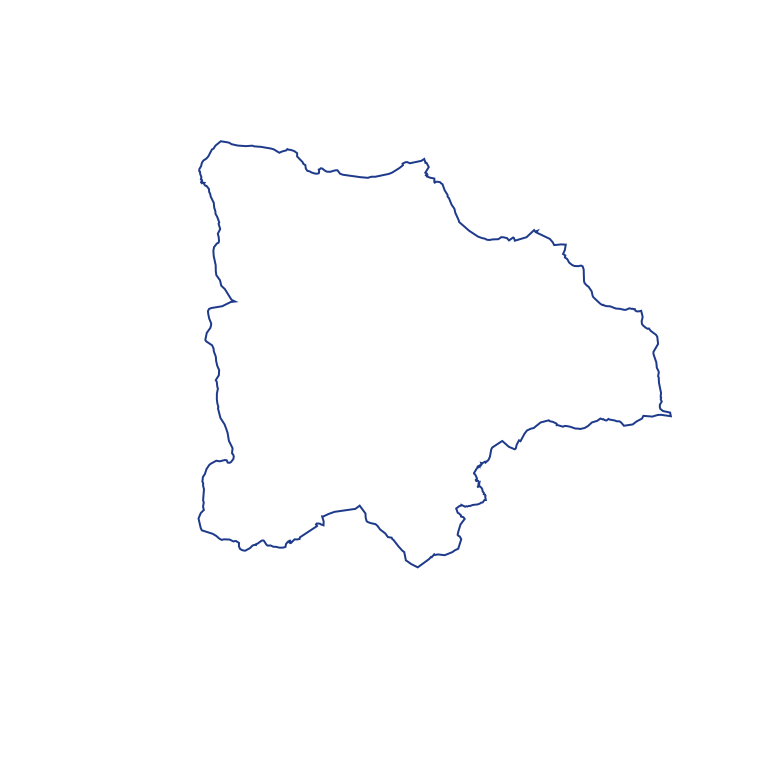 Rosia, Sibiu, Romania, rotated 119°
{"feature_id": "2599482B70516542388979", "entity_name": "Rosia", "entity_type": "district", "adm_level": 2, "iso_a3": "ROU", "parent_name": "Romania", "parent_adm1": "Sibiu", "projection": "equal_earth", "projection_center": [24.304, 45.817], "detail": "fine", "context": "isolated", "style": "outline", "palette": "blue", "viewbox_px": 768, "rotation_deg": 119, "n_neighbors": 0, "source": "geoboundaries", "source_scale": "gbopen_adm2", "svg_char_len": 6166}
<svg xmlns="http://www.w3.org/2000/svg" viewBox="0 0 768 768"><g transform="rotate(119 384 384)"><path d="M600.3,472.4L598.1,461.3L598.2,457.1L599.1,452.8L599.0,450.3L597.5,448.8L594.9,443.6L594.7,439.4L593.1,437.5L593.3,433.7L596.2,432.3L598.0,430.0L598.1,427.8L597.6,425.7L597.0,424.5L592.4,421.6L589.1,420.7L587.6,419.4L586.9,417.9L585.9,418.2L585.1,417.3L580.4,415.1L579.4,413.9L579.3,413.1L581.6,408.8L581.7,407.3L580.2,404.9L580.0,402.0L578.8,399.6L577.8,396.0L576.0,392.9L574.3,391.2L571.5,392.1L568.8,391.7L566.7,390.5L566.5,390.2L567.0,389.4L568.5,389.9L568.6,388.8L567.9,388.2L563.2,386.9L562.2,384.8L560.5,382.7L558.9,383.2L540.7,373.7L539.8,375.4L538.6,375.2L537.2,372.3L537.4,371.2L536.9,368.4L533.4,370.2L529.8,373.9L529.2,372.8L524.7,369.6L519.8,365.3L507.1,348.5L502.2,346.3L506.2,337.5L509.8,335.2L512.3,332.8L512.6,331.5L512.2,328.5L510.7,323.5L511.2,321.0L513.1,316.9L514.1,310.3L516.0,306.4L514.7,302.8L515.6,301.6L515.8,300.1L519.0,292.6L520.9,287.1L521.2,284.8L527.6,279.4L528.3,272.8L528.0,265.6L515.3,259.7L512.4,259.0L512.4,258.3L508.6,257.5L508.9,256.6L506.9,254.2L504.3,247.9L497.9,242.7L494.9,241.3L492.1,239.2L482.3,241.2L480.6,243.9L480.7,245.3L480.2,246.5L476.9,247.5L469.7,249.0L462.9,248.0L462.0,250.0L462.6,252.4L461.6,252.9L460.8,255.9L460.9,257.1L457.9,260.5L454.1,258.8L453.0,257.6L452.2,257.8L452.0,253.5L451.0,252.8L450.7,251.6L449.4,250.6L449.1,249.7L446.8,247.8L443.9,243.7L442.3,242.3L440.8,241.6L439.8,240.3L436.8,239.9L436.1,238.7L433.6,240.8L432.6,241.0L431.8,242.0L432.0,243.3L430.8,243.9L430.1,245.7L428.5,246.9L427.5,248.5L427.1,250.5L427.4,251.0L426.8,251.4L429.3,252.2L426.5,251.9L424.7,252.5L425.8,252.8L423.7,253.6L423.1,254.5L423.1,255.3L424.0,256.0L424.0,256.6L423.4,257.2L421.9,256.8L421.3,257.1L419.0,260.3L418.7,261.8L418.3,262.1L412.8,261.9L410.5,260.8L411.2,261.9L410.8,262.1L409.7,261.3L409.8,260.7L409.3,261.1L407.1,259.7L406.0,260.8L405.8,259.7L403.0,258.0L403.5,257.1L399.7,255.8L396.3,256.1L389.1,258.5L387.0,258.5L377.1,253.3L376.5,252.9L378.4,244.3L377.7,238.0L376.5,237.5L372.7,238.5L367.8,238.6L367.8,236.9L359.2,237.0L355.3,236.4L351.8,233.8L349.9,231.7L341.7,228.4L335.9,222.3L336.2,221.1L335.2,217.8L335.0,213.8L336.3,213.0L335.7,212.0L334.6,206.8L333.1,205.7L332.0,203.2L331.1,200.4L330.2,195.1L328.6,191.9L328.4,190.8L325.2,187.2L321.8,185.2L316.8,183.5L312.9,179.7L309.3,178.0L309.0,175.8L308.4,175.2L308.6,173.4L308.0,171.7L305.7,170.7L305.8,169.7L304.0,164.4L303.8,162.5L302.5,159.9L302.7,157.9L304.2,153.9L298.8,146.9L294.4,145.0L289.2,141.6L286.1,141.7L282.4,133.5L278.3,129.5L276.6,126.7L273.1,117.5L270.3,119.9L272.4,127.0L271.8,130.2L271.0,131.2L268.4,132.7L264.7,132.6L263.3,134.5L261.5,135.0L261.2,135.8L257.6,137.3L249.6,144.1L245.1,146.9L244.2,148.1L240.8,149.2L239.7,150.1L237.5,153.3L233.2,156.2L227.1,162.9L225.3,163.9L216.1,163.7L210.2,167.9L209.1,169.9L208.2,176.6L207.0,179.2L207.9,180.2L207.9,182.3L207.2,185.9L206.4,187.5L204.2,189.1L200.4,190.1L199.2,190.9L195.3,194.6L197.0,196.4L198.0,198.4L197.9,199.8L196.9,201.0L197.7,202.2L197.6,203.0L198.3,204.0L198.8,206.1L201.5,208.1L202.6,209.6L203.9,214.2L205.6,217.8L206.4,223.8L208.2,227.5L208.6,229.6L208.4,230.5L209.1,231.3L208.9,234.0L206.6,243.0L205.7,244.3L202.3,247.3L199.8,252.2L199.5,254.6L198.4,257.6L197.1,258.9L187.0,264.9L184.8,267.3L184.9,269.1L186.7,271.1L188.5,274.7L188.7,277.5L188.0,281.0L185.9,284.3L185.6,287.2L183.7,287.7L183.5,290.4L179.1,290.8L174.0,292.6L176.0,296.7L180.0,302.5L178.3,305.0L176.7,309.3L177.6,324.2L175.7,324.1L177.4,325.5L176.6,327.3L186.5,330.5L195.2,339.0L193.4,341.0L193.3,342.1L197.8,344.3L196.8,347.3L197.8,350.7L198.7,352.6L201.9,354.2L205.0,359.3L206.9,361.5L208.0,364.2L208.0,366.5L208.8,368.7L209.5,373.3L208.7,383.8L205.9,396.8L204.6,398.0L199.7,404.6L196.6,407.4L194.4,411.8L189.8,417.5L189.4,419.1L187.7,420.2L185.3,424.7L180.9,429.7L180.8,431.5L180.3,432.4L180.9,434.7L182.1,436.8L183.3,437.2L183.2,437.7L179.9,439.6L181.2,443.7L181.7,447.1L180.4,447.3L180.9,448.5L179.2,448.6L179.2,450.3L172.6,450.0L169.9,454.1L170.5,454.9L167.7,457.9L170.8,459.6L178.4,468.4L178.7,471.4L179.7,472.8L182.3,474.6L183.5,473.5L187.6,475.2L195.2,479.4L197.8,481.5L206.8,491.9L208.8,495.5L211.5,498.1L214.5,504.8L220.9,521.4L221.4,524.4L219.6,528.3L220.9,530.4L224.4,533.8L225.9,536.6L226.1,538.6L225.5,542.6L226.1,544.0L227.4,544.3L228.1,545.0L229.7,543.7L231.3,543.2L232.8,544.9L233.5,546.7L234.2,550.4L234.0,551.6L234.7,554.5L233.5,556.8L230.7,558.9L230.5,561.5L229.5,562.5L227.1,570.3L224.2,571.9L223.8,575.6L224.5,579.2L225.4,581.3L225.4,582.4L227.1,582.8L230.0,585.8L232.5,587.7L232.2,593.9L232.8,596.8L236.2,606.5L239.1,612.8L239.4,614.7L242.9,620.1L246.4,627.6L248.2,633.8L248.0,636.0L248.4,637.7L250.8,644.4L257.3,647.0L260.8,647.2L262.4,648.2L270.1,648.0L273.1,648.7L276.1,650.3L278.9,650.5L282.1,649.6L285.6,649.7L287.5,648.7L287.6,647.8L289.3,646.7L291.7,643.9L293.6,643.5L293.8,642.1L294.6,641.5L295.3,642.0L296.3,641.8L296.7,640.6L295.8,640.1L295.2,638.6L296.0,638.7L296.8,637.5L297.2,636.2L296.8,635.3L298.3,631.7L300.8,630.0L301.9,628.3L304.2,626.3L308.1,620.7L312.2,617.9L314.5,615.4L317.0,613.7L318.5,611.1L322.6,606.4L324.0,606.4L327.9,602.4L333.1,602.2L335.8,599.7L339.0,597.6L340.7,597.2L342.1,598.3L346.6,599.0L350.1,597.9L354.6,595.0L361.7,588.8L366.9,585.8L370.1,583.4L372.8,577.7L376.9,574.0L378.2,569.1L383.8,559.1L384.3,557.8L384.1,554.3L386.6,557.8L394.4,563.2L401.4,572.0L403.3,573.4L405.7,573.3L408.3,571.4L411.6,568.5L414.8,564.5L416.5,563.7L419.1,563.1L425.2,563.8L432.0,561.7L432.9,560.2L433.5,553.1L435.5,550.4L438.1,548.5L441.7,544.3L445.1,542.1L448.8,538.8L451.8,534.9L456.4,532.7L462.2,533.0L463.1,531.4L467.3,528.4L468.4,527.1L473.4,525.5L478.4,522.8L481.8,520.3L484.4,517.7L485.7,517.5L493.0,510.6L496.6,503.9L499.4,500.6L502.6,497.1L508.9,492.1L513.6,485.3L518.2,483.4L519.0,481.5L520.3,480.2L522.5,479.4L526.2,479.9L527.7,480.7L528.5,482.6L527.0,484.6L527.7,486.4L531.3,490.2L532.4,493.5L537.8,496.9L539.6,497.6L544.4,498.0L549.7,497.0L553.0,497.3L557.3,495.6L558.5,494.0L560.6,493.0L563.2,490.5L573.5,485.8L575.0,484.2L579.0,482.8L581.5,480.5L585.8,481.7L591.6,481.0L598.7,474.6L600.3,472.4Z" fill="none" stroke="#1e3a8a" stroke-width="2"/></g></svg>